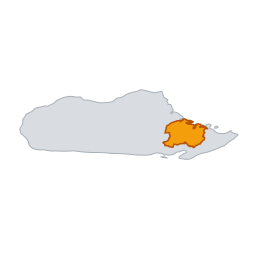 where Sofia sits in Madagascar, rotated 79°
{"feature_id": "MDG-5880", "entity_name": "Sofia", "entity_type": "Autonomous Province", "adm_level": 1, "iso_a3": "MDG", "parent_name": "Madagascar", "parent_adm1": "", "projection": "equal_earth", "projection_center": [48.484, -15.315], "detail": "fine", "context": "in_parent", "style": "filled", "palette": "amber", "viewbox_px": 256, "rotation_deg": 79, "n_neighbors": 0, "source": "natural_earth", "source_scale": "10m", "svg_char_len": 7842}
<svg xmlns="http://www.w3.org/2000/svg" viewBox="0 0 256 256"><g transform="rotate(79 128 128)"><path d="M159.2,27.1L159.7,28.8L160.4,30.4L162.3,34.3L163.2,35.8L163.9,37.4L164.3,40.6L165.5,45.5L166.7,53.0L167.0,60.5L167.4,64.0L168.3,67.3L169.8,70.7L170.3,74.5L169.4,78.4L168.0,82.0L167.7,82.7L167.0,83.6L166.8,83.6L165.7,82.7L164.8,81.1L163.7,77.5L163.3,75.6L162.8,75.3L161.5,75.5L160.6,76.6L160.4,77.4L160.6,79.4L161.0,81.3L161.1,83.1L161.1,85.5L161.5,86.2L162.0,86.8L162.5,88.4L162.6,92.0L162.3,93.9L161.4,95.5L161.4,96.4L161.8,97.3L161.4,97.8L160.2,98.5L159.7,99.1L159.1,100.7L158.0,104.0L157.8,105.7L158.5,110.8L158.3,114.5L156.9,121.4L156.2,124.7L155.0,128.6L153.4,133.8L151.7,140.3L150.3,146.9L149.2,151.0L148.0,154.9L146.4,161.8L145.0,168.9L143.0,176.6L140.2,185.2L139.9,186.4L139.3,190.8L138.7,194.6L137.9,198.3L136.4,204.5L136.2,206.5L135.8,208.3L134.4,212.2L133.7,213.6L133.3,215.2L133.0,217.1L132.6,219.0L131.5,222.4L129.9,225.4L128.7,226.5L126.3,228.0L125.1,228.4L122.4,228.4L119.8,229.3L117.0,231.0L114.4,233.0L113.4,233.9L112.3,234.4L108.8,234.5L107.8,234.1L104.3,230.9L102.9,230.3L100.4,229.9L99.6,229.6L98.9,229.2L97.8,227.5L95.7,226.1L95.2,225.7L94.9,224.7L94.7,223.6L94.1,222.4L93.7,220.2L93.0,218.6L91.1,215.8L90.9,214.9L90.7,211.9L90.7,209.9L90.5,206.2L90.7,204.5L91.3,202.9L91.0,201.2L90.3,199.5L90.0,197.6L89.5,195.9L87.4,192.9L87.0,191.4L86.6,189.9L85.8,185.1L85.7,183.4L85.8,179.9L86.0,178.0L86.5,176.8L86.6,175.8L86.9,175.0L87.4,174.3L87.7,173.6L88.4,169.0L89.3,168.0L90.7,167.4L91.8,166.2L92.5,164.6L93.1,161.3L94.8,158.0L95.4,156.3L96.8,153.7L98.1,150.0L98.4,148.2L98.7,146.5L99.0,142.6L99.2,140.6L99.2,138.7L98.4,136.7L96.6,133.1L96.6,132.4L96.7,129.7L96.5,127.8L95.9,125.9L95.0,124.1L94.2,120.6L93.7,115.0L93.8,113.0L93.6,111.2L92.9,109.4L93.3,106.4L98.5,95.5L98.6,94.2L98.4,90.8L98.5,88.9L98.7,88.2L99.1,87.7L100.0,87.5L104.2,87.1L104.7,86.7L105.8,85.8L107.2,84.0L107.9,83.5L108.5,83.7L108.8,84.4L109.3,84.9L111.0,84.1L111.7,84.0L112.4,84.2L112.7,83.4L112.8,82.4L113.1,81.7L113.6,81.3L115.8,81.1L117.2,80.8L119.0,80.1L119.4,80.2L120.8,82.8L121.3,83.0L121.9,83.1L122.4,82.6L121.2,81.3L121.0,80.6L121.0,79.7L121.7,77.9L122.7,76.5L125.1,74.4L127.5,72.0L128.3,71.8L128.9,72.2L129.3,75.1L129.3,75.5L129.7,75.6L130.1,75.3L130.5,74.1L130.6,73.1L130.2,72.2L130.1,71.4L130.0,70.7L131.3,69.0L132.3,67.4L132.7,65.5L133.1,64.6L134.1,63.6L134.5,63.7L134.7,64.5L134.8,65.4L134.6,66.3L134.2,67.1L134.0,68.2L134.6,68.5L135.2,68.2L136.0,66.1L136.9,64.2L137.4,63.2L138.1,62.5L139.3,62.6L140.4,63.1L138.6,61.0L138.1,58.2L140.3,53.4L140.3,52.4L140.6,52.1L140.8,51.7L139.6,50.0L139.4,49.2L139.6,48.0L140.1,46.9L140.6,46.1L141.3,45.8L141.8,46.3L143.0,47.6L143.9,47.8L144.8,46.5L145.6,44.9L146.8,43.8L148.2,43.1L150.3,40.6L151.7,35.2L151.8,33.7L151.5,31.8L151.0,30.0L150.2,27.8L150.4,27.3L151.5,27.6L151.9,27.3L153.2,25.3L155.2,21.5L155.9,21.5L156.5,22.2L156.7,23.2L157.1,24.0L158.5,25.8L159.2,27.1ZM144.9,42.1L144.9,42.7L143.3,42.5L143.1,40.4L143.9,40.4L144.0,39.6L144.5,39.5L145.0,41.2L144.9,42.1ZM163.8,98.7L162.4,101.6L162.8,99.1L164.4,95.6L164.8,95.4L163.8,98.7Z" fill="#d9dde1" stroke="#a8b0b8" stroke-width="1"/><path d="M130.7,75.4L131.1,75.6L131.5,75.4L131.7,75.2L131.8,75.0L131.7,74.9L131.4,74.8L131.3,74.7L131.1,74.2L130.9,73.1L130.7,73.0L130.3,73.2L130.2,73.0L130.3,72.8L130.4,72.4L130.1,72.5L130.0,72.4L129.9,72.1L129.7,71.9L129.6,71.4L129.7,71.1L130.0,70.5L130.4,70.0L130.9,69.6L131.4,69.1L131.6,68.1L131.8,67.8L132.4,67.1L132.7,66.9L132.9,66.8L133.2,66.7L133.4,66.6L133.4,66.2L133.3,65.9L133.1,65.8L133.0,66.0L132.9,66.2L132.8,66.3L132.6,66.3L132.5,66.2L132.3,65.9L132.7,65.1L134.2,63.1L134.4,62.9L134.5,63.0L134.6,63.3L134.8,63.7L134.8,63.9L134.8,64.9L134.8,65.1L135.0,65.3L134.9,65.9L134.2,66.9L134.1,67.3L133.9,67.8L133.8,69.7L133.9,69.9L134.0,70.0L134.6,69.7L134.9,69.2L135.0,68.7L135.2,68.3L135.5,67.9L135.6,68.1L135.7,67.9L135.7,67.5L135.7,67.2L136.6,65.1L136.6,64.7L137.1,63.9L137.1,63.5L137.1,63.4L137.5,63.1L137.8,62.7L137.9,62.3L138.0,62.0L138.4,61.7L138.4,61.4L138.9,62.3L139.1,62.6L139.7,62.8L139.8,62.9L139.9,63.1L139.9,63.5L140.1,63.4L140.1,63.1L140.0,62.7L139.8,62.6L140.1,62.2L140.4,62.3L140.7,62.6L140.8,63.1L140.8,64.2L140.8,64.5L141.0,64.1L141.1,63.6L141.1,63.0L141.0,62.4L140.7,62.1L140.2,61.5L139.9,61.4L139.4,61.7L139.2,61.8L138.9,61.8L138.7,61.6L138.6,61.1L138.2,61.7L138.0,61.8L137.9,61.9L137.5,61.0L137.6,60.8L137.7,60.7L137.6,60.4L137.3,59.8L137.4,59.7L137.3,58.8L137.4,58.2L137.5,57.7L137.8,57.3L138.0,57.1L138.2,56.7L138.2,56.2L138.3,55.9L138.6,55.8L139.2,56.3L139.5,56.3L139.7,56.2L139.9,56.3L140.0,56.2L140.2,55.8L140.3,55.3L140.2,54.9L140.1,54.5L139.9,54.1L139.7,53.9L139.9,53.7L140.1,53.8L140.6,54.2L140.9,54.4L141.0,54.6L141.0,54.8L140.8,55.1L140.8,55.3L140.7,55.7L140.6,56.5L140.5,56.9L140.5,57.3L140.6,57.5L140.8,57.5L140.9,57.4L140.9,56.9L141.2,56.5L141.2,56.4L141.0,56.1L141.0,55.9L140.9,55.7L141.0,55.3L141.3,54.7L141.4,54.4L141.4,54.0L141.4,53.7L141.3,53.4L141.2,53.3L141.4,53.1L141.4,52.9L141.3,52.7L141.7,52.4L141.8,52.3L141.8,52.2L141.7,51.7L141.8,51.6L142.3,51.3L142.7,50.9L143.1,50.6L143.5,50.3L143.7,50.1L143.8,50.1L143.8,50.3L143.8,50.5L143.4,51.3L143.1,51.6L142.9,52.1L143.0,52.5L143.4,52.6L143.5,52.5L143.5,52.4L143.6,52.5L143.8,52.7L144.1,53.2L144.6,53.6L145.0,54.0L145.3,54.2L145.6,54.3L145.8,54.2L146.1,54.1L146.3,54.1L146.6,53.8L146.9,53.6L147.0,53.5L147.3,53.7L147.7,54.3L147.8,54.4L148.3,54.7L149.2,55.5L149.4,55.5L149.6,55.4L149.9,55.4L150.1,55.2L150.2,55.3L150.3,55.3L150.5,55.8L150.6,56.1L150.9,55.9L151.3,55.7L151.5,55.5L151.9,54.8L152.4,54.6L152.5,54.7L152.7,54.8L153.0,54.9L153.2,55.0L153.8,55.4L154.0,55.4L154.1,55.5L154.2,55.8L154.3,56.4L154.6,56.8L154.7,57.1L155.0,57.4L155.4,57.9L155.8,58.3L156.0,58.8L156.2,59.2L156.5,59.4L156.8,59.6L157.0,59.8L157.4,60.2L157.4,60.3L157.5,60.4L157.5,60.5L157.4,60.6L157.3,60.8L157.1,61.0L157.1,61.3L157.3,61.6L157.7,62.4L158.1,63.6L158.1,63.8L158.1,64.1L158.4,65.1L158.6,65.4L158.9,65.6L159.5,66.6L159.6,66.8L159.7,67.4L159.4,67.5L159.1,67.9L159.0,68.0L158.7,68.0L158.3,67.7L158.2,67.7L158.2,67.8L158.1,68.1L158.2,68.5L158.2,68.9L158.1,69.5L158.1,69.9L158.1,70.1L158.1,70.4L158.0,70.6L157.9,70.7L157.8,70.8L157.5,70.7L157.2,70.6L157.1,71.1L157.2,71.4L157.2,71.7L157.2,71.8L157.1,72.0L156.9,72.2L156.6,72.1L156.3,72.4L156.1,72.5L155.8,72.8L155.6,72.8L155.4,72.8L155.2,72.9L155.0,73.0L154.8,73.3L154.4,73.5L154.1,73.7L153.9,73.8L153.6,73.8L153.1,73.9L152.9,74.1L152.9,74.4L153.0,74.8L153.0,75.1L153.1,75.4L153.3,75.5L153.7,75.4L153.9,75.6L154.1,75.5L154.1,75.9L153.9,76.1L153.7,76.3L153.7,76.5L153.7,77.1L153.7,77.3L153.5,79.3L153.4,80.2L153.4,80.4L153.6,80.9L153.7,81.2L153.8,81.5L154.0,82.5L154.0,82.8L153.9,82.9L153.8,83.3L153.6,83.6L153.3,84.0L153.2,84.3L153.0,84.8L152.9,85.4L152.8,85.9L152.7,86.0L152.8,86.1L154.0,86.9L154.3,87.0L154.8,87.0L155.1,87.1L155.2,87.3L155.2,87.8L155.3,88.0L155.2,88.5L154.5,90.2L154.4,90.3L154.4,90.5L154.2,91.1L154.0,91.3L153.5,91.6L153.2,91.7L153.2,91.8L153.1,92.0L153.1,92.3L153.0,92.7L152.9,93.0L152.7,93.5L152.4,93.8L152.3,94.1L152.3,94.3L152.5,94.7L152.5,94.8L152.3,95.0L151.7,95.1L151.2,94.9L150.8,95.0L149.7,95.9L149.4,96.3L149.2,96.4L148.9,96.3L148.5,95.6L148.4,95.1L148.4,94.6L148.5,94.3L148.7,93.9L148.7,93.7L148.7,93.4L148.5,93.2L148.4,92.4L148.3,92.0L148.3,91.7L148.1,91.5L148.0,91.2L147.9,91.1L147.7,90.9L147.4,90.8L147.1,90.6L146.9,90.4L146.5,89.9L146.3,89.6L146.2,89.6L145.9,89.7L145.7,89.7L145.4,89.3L145.4,89.1L145.1,89.0L144.7,88.7L144.5,88.4L144.4,88.2L144.0,88.1L143.7,88.1L143.2,88.2L142.9,88.4L142.7,88.5L142.4,88.6L142.0,88.6L141.7,88.4L141.1,88.3L140.8,88.4L140.6,88.3L140.5,88.7L140.5,88.8L140.2,89.2L140.0,89.6L140.0,89.8L140.1,90.4L140.1,90.7L140.0,91.6L139.9,92.0L139.9,92.5L138.1,91.8L137.0,91.2L136.4,90.6L135.1,90.6L133.0,89.1L132.9,87.7L132.1,86.3L131.2,84.5L130.8,81.1L130.3,78.5L130.7,75.4Z" fill="#f59e0b" stroke="#b45309" stroke-width="1.5"/></g></svg>